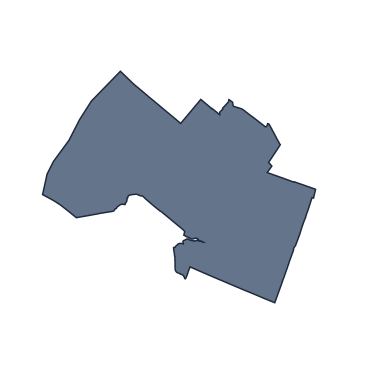 Brancoveni, Olt, Romania, rotated 222°
{"feature_id": "2599482B4467006256881", "entity_name": "Brancoveni", "entity_type": "district", "adm_level": 2, "iso_a3": "ROU", "parent_name": "Romania", "parent_adm1": "Olt", "projection": "orthographic", "projection_center": [24.313, 44.317], "detail": "fine", "context": "isolated", "style": "filled", "palette": "slate", "viewbox_px": 384, "rotation_deg": 222, "n_neighbors": 0, "source": "geoboundaries", "source_scale": "gbopen_adm2", "svg_char_len": 5884}
<svg xmlns="http://www.w3.org/2000/svg" viewBox="0 0 384 384"><g transform="rotate(222 192 192)"><path d="M326.0,233.8L327.6,192.2L324.0,170.7L318.0,148.0L315.4,122.0L311.7,108.4L301.3,90.1L290.5,92.7L288.7,93.1L281.3,94.3L269.6,95.1L261.1,95.5L260.7,95.9L260.3,95.9L260.1,96.3L259.7,96.9L258.0,99.1L257.0,100.4L256.1,101.5L255.2,102.6L254.4,103.7L253.8,104.4L253.5,104.8L253.3,105.1L253.1,105.3L252.9,105.5L252.6,106.0L252.2,106.4L251.8,107.1L250.7,108.4L250.1,109.3L249.4,110.1L248.6,111.2L247.7,112.3L246.2,114.4L245.0,115.9L244.7,116.2L243.9,117.2L241.3,120.5L239.4,122.8L237.8,124.9L237.6,125.4L237.5,126.0L237.5,126.8L237.7,127.4L237.7,127.7L237.8,128.1L237.3,128.9L237.3,129.3L237.3,129.6L237.5,130.0L237.5,130.3L237.7,130.6L237.5,131.1L237.4,131.6L237.4,131.9L237.2,132.7L237.0,133.5L236.7,134.7L236.5,135.2L236.3,135.5L236.0,135.9L235.4,136.5L234.6,137.0L234.2,137.3L233.9,137.5L233.5,137.7L233.4,138.2L233.7,138.6L233.9,139.1L234.0,139.8L234.0,140.2L234.2,141.0L234.4,141.5L234.6,142.0L234.9,142.4L235.1,142.7L235.6,143.4L236.0,144.0L236.3,144.4L236.1,144.7L236.0,144.8L236.1,145.1L236.5,145.8L236.8,146.8L236.4,147.5L236.0,148.2L235.3,149.2L234.8,150.0L234.3,150.5L233.7,151.2L233.0,152.0L232.4,152.6L231.8,153.2L231.1,153.5L230.0,153.9L229.5,154.0L228.6,154.3L228.2,154.5L226.3,155.7L226.1,155.8L225.8,155.9L225.1,156.0L221.9,155.8L213.8,156.0L210.1,156.1L202.8,156.5L202.7,156.6L201.4,156.9L200.7,156.9L190.7,157.3L173.5,158.0L172.8,157.9L171.9,157.9L170.9,157.7L170.5,156.8L169.8,155.6L169.1,154.4L168.2,154.8L166.9,154.9L166.2,155.0L165.7,155.6L164.8,155.7L163.6,156.0L162.6,156.3L161.3,156.7L160.8,157.0L160.2,157.4L159.6,158.1L158.9,159.4L158.7,160.0L157.0,160.9L156.3,161.0L154.9,160.7L153.9,160.9L152.4,161.6L151.4,162.0L150.6,162.1L149.8,162.3L150.0,162.1L151.1,161.8L152.1,161.5L152.7,161.1L153.3,160.8L153.9,160.3L154.6,160.0L155.1,159.9L155.7,159.8L156.1,159.4L156.3,158.9L156.3,158.6L156.4,158.4L156.6,158.3L156.7,158.1L157.0,157.4L157.4,157.2L157.9,157.1L158.3,156.7L158.7,156.4L159.0,156.2L159.3,156.0L159.6,155.8L160.0,155.6L160.4,155.3L160.6,155.2L161.1,155.0L161.6,154.8L162.2,154.6L163.0,154.4L163.4,154.3L164.0,154.1L164.4,153.7L164.7,153.0L164.7,152.7L164.9,152.3L165.0,151.9L165.2,151.3L165.8,150.2L165.8,149.9L165.8,149.6L165.7,149.3L165.5,149.1L165.3,148.9L165.0,148.7L164.6,148.3L164.1,148.0L164.0,147.9L163.9,147.8L163.8,147.7L163.7,147.6L164.0,147.5L164.4,147.3L164.9,147.1L165.2,146.9L165.6,146.6L166.1,146.2L166.8,145.5L167.0,145.1L167.4,144.5L167.5,144.1L167.5,143.9L167.6,143.5L167.6,143.1L167.6,142.7L167.7,142.1L167.8,141.7L167.8,141.3L167.8,141.0L167.8,140.8L167.8,140.4L167.7,140.1L167.6,139.9L167.6,139.7L167.8,139.5L167.9,139.3L168.1,139.1L168.3,138.9L168.4,138.6L168.5,138.4L168.5,138.2L168.1,137.9L167.9,137.8L167.6,137.5L167.3,137.2L166.8,136.8L166.2,136.3L165.9,136.0L165.6,135.7L165.3,135.5L164.6,135.0L163.8,134.4L163.6,134.2L163.4,134.0L163.2,133.8L162.9,133.5L162.7,133.3L162.5,133.1L162.3,132.9L162.1,132.7L161.8,132.6L161.4,132.5L161.2,132.4L161.1,132.2L160.9,131.9L159.9,130.8L159.4,130.3L158.4,129.2L158.0,128.9L157.5,128.3L156.5,127.3L156.1,126.8L155.6,126.2L155.0,125.6L154.5,125.1L153.9,124.5L153.5,124.1L153.1,123.7L152.8,123.3L152.4,123.0L152.1,122.8L151.8,122.6L151.3,122.4L150.9,122.3L150.4,122.2L149.9,122.1L149.4,122.1L149.1,122.2L148.7,122.3L148.4,122.5L147.9,122.7L147.7,122.8L147.3,122.9L146.9,123.0L146.3,123.1L145.8,123.3L145.3,123.4L144.8,123.6L144.5,123.8L143.9,124.0L143.4,124.1L142.9,124.1L142.5,124.1L142.0,123.9L141.8,123.8L141.5,123.8L141.4,123.8L141.1,123.7L140.9,123.7L140.7,123.6L140.4,123.3L140.1,123.1L139.8,123.0L139.6,122.9L139.3,122.9L139.0,122.9L139.0,123.4L139.0,124.0L139.2,124.5L139.3,125.0L139.5,125.5L139.7,126.0L139.9,126.6L140.2,127.3L140.7,128.4L141.2,129.6L141.6,130.5L141.9,131.3L142.1,131.9L142.5,132.9L142.8,133.6L143.0,134.2L143.1,134.4L143.2,134.8L143.3,135.0L118.9,143.2L87.0,154.2L77.1,157.8L76.2,158.1L66.0,161.6L56.4,165.1L62.6,180.4L63.7,183.1L64.0,183.8L65.7,187.8L67.0,191.2L68.2,193.9L68.8,195.4L69.8,197.8L70.4,199.3L71.0,200.6L72.0,203.1L72.2,203.5L73.1,205.4L74.1,208.0L76.2,213.1L77.5,216.3L77.7,216.8L78.1,217.4L78.4,217.5L78.6,217.7L78.9,218.7L79.1,220.4L79.2,220.9L79.3,221.6L83.4,232.1L84.1,233.6L86.7,239.3L86.9,239.8L87.4,241.0L87.9,242.1L88.3,243.1L89.8,246.8L90.7,249.5L91.1,249.9L91.6,251.1L92.5,253.2L92.8,253.9L92.9,254.3L94.9,258.9L97.1,263.8L98.6,267.2L99.0,268.2L97.6,268.8L101.1,275.1L101.8,276.4L102.0,276.7L122.8,268.0L122.7,267.7L123.4,267.3L149.1,256.8L150.0,264.7L154.9,265.3L155.0,266.2L156.2,274.3L156.3,275.3L158.0,286.2L159.5,286.6L160.0,286.8L160.5,287.0L161.4,287.3L161.8,287.4L162.5,287.7L163.3,287.9L165.0,288.5L165.7,288.8L166.4,289.1L167.4,289.4L168.1,289.7L169.0,290.0L169.8,290.3L170.4,290.5L170.7,290.6L170.9,290.7L171.3,290.9L172.1,291.1L172.7,291.3L173.6,291.6L174.1,291.9L179.3,293.7L179.4,293.8L179.5,293.8L179.9,293.8L180.0,293.9L180.4,293.8L180.5,293.8L180.9,293.8L181.0,293.7L181.3,293.5L181.5,293.4L181.3,293.0L181.2,292.7L181.0,292.3L180.8,292.0L180.7,291.7L180.6,291.4L180.5,291.2L180.5,290.9L180.5,290.6L180.5,290.3L180.6,290.1L180.7,289.9L181.0,289.8L181.2,289.7L181.4,289.5L181.6,289.5L188.5,289.0L195.5,288.5L200.6,288.0L205.9,287.6L209.7,287.3L210.6,287.0L211.7,286.6L212.8,286.1L213.8,285.7L214.6,285.2L215.3,284.9L216.4,284.4L218.6,283.5L218.9,283.5L222.0,285.9L226.4,285.4L226.3,285.0L225.7,284.2L225.2,283.5L225.3,274.7L224.6,274.2L224.8,269.9L224.4,269.5L224.0,268.9L223.2,268.0L223.3,268.0L233.0,267.5L233.0,267.1L236.0,267.1L247.4,266.7L246.3,235.4L248.8,235.3L255.6,235.1L258.0,235.0L259.9,234.9L267.9,234.6L270.8,234.5L274.5,234.4L278.8,234.2L281.6,234.1L283.8,234.0L285.4,233.9L287.8,233.8L289.7,233.8L292.1,233.7L293.5,233.7L295.7,233.6L297.4,233.6L298.6,233.5L300.1,233.4L301.0,233.4L302.6,233.4L304.0,233.3L305.7,233.2L308.7,233.2L326.0,233.8Z" fill="#64748b" stroke="#1e293b" stroke-width="1.5"/></g></svg>